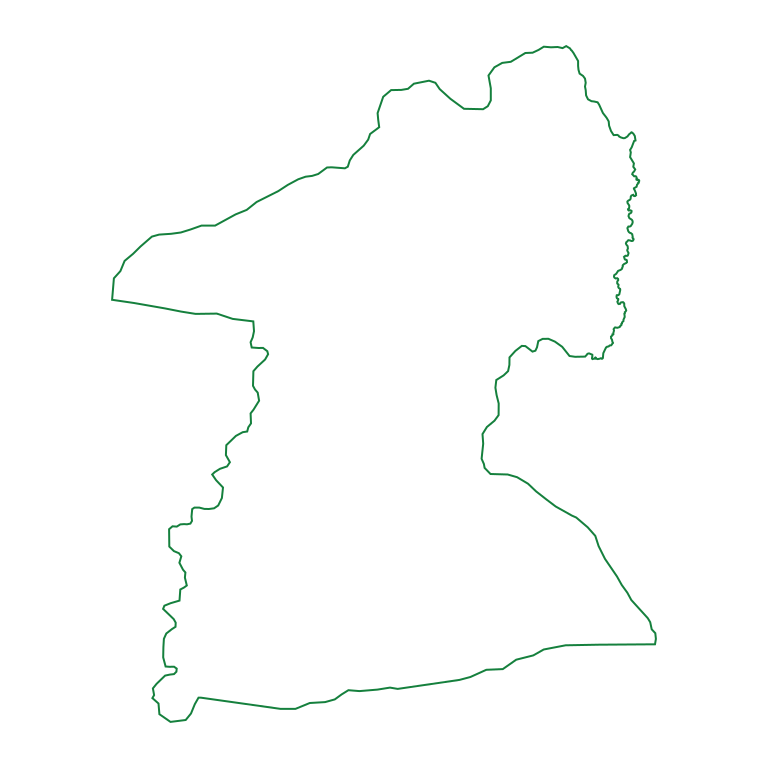 Migues, Canelones, Uruguay
{"feature_id": "84410073B2992667902544", "entity_name": "Migues", "entity_type": "district", "adm_level": 2, "iso_a3": "URY", "parent_name": "Uruguay", "parent_adm1": "Canelones", "projection": "mercator", "projection_center": [-55.568, -34.48], "detail": "fine", "context": "isolated", "style": "outline", "palette": "green", "viewbox_px": 768, "rotation_deg": 0, "n_neighbors": 0, "source": "geoboundaries", "source_scale": "gbopen_adm2", "svg_char_len": 6078}
<svg xmlns="http://www.w3.org/2000/svg" viewBox="0 0 768 768"><path d="M655.0,644.3L655.9,638.9L655.3,633.2L651.7,629.3L650.2,622.2L647.8,618.2L631.3,600.0L627.4,592.8L621.7,584.9L617.0,576.5L605.0,558.9L598.6,546.1L595.3,535.9L587.7,527.3L576.2,517.5L571.9,515.6L555.7,506.5L546.2,499.3L536.1,491.4L528.0,483.7L517.1,477.2L507.7,474.5L490.5,474.0L484.6,467.9L483.9,464.0L481.6,458.8L483.2,443.7L482.5,434.1L486.9,427.0L494.5,420.7L498.6,415.1L498.7,403.5L496.6,395.1L495.4,387.7L496.3,380.0L503.6,375.4L508.1,371.1L509.4,364.9L509.5,357.4L515.4,350.9L521.8,345.9L525.4,346.1L532.5,351.6L535.4,350.7L537.0,347.3L538.3,341.1L542.6,338.9L548.4,338.8L554.9,341.6L562.2,346.8L569.5,356.0L575.1,356.8L585.1,356.6L586.9,354.7L587.2,354.1L588.0,353.6L589.1,353.4L592.3,354.7L592.4,356.0L592.1,357.2L592.0,358.6L592.6,359.1L594.0,358.6L594.9,358.7L595.1,357.7L595.5,357.5L596.1,358.0L596.2,358.5L597.1,359.0L597.8,359.1L599.7,358.7L601.0,358.2L601.9,358.8L602.4,358.6L602.9,358.0L603.3,353.2L606.0,347.5L606.4,347.4L606.9,346.8L608.7,346.4L609.6,345.5L611.2,345.3L612.0,344.3L612.3,343.6L612.9,343.2L613.0,342.8L612.4,341.8L612.0,339.7L611.0,338.1L611.1,337.4L611.0,336.6L612.4,335.4L612.4,334.5L613.0,334.5L613.4,334.2L613.3,333.1L614.0,330.6L613.6,329.2L614.2,328.3L615.1,327.4L617.3,327.8L619.5,327.1L620.2,326.5L620.2,326.0L621.4,325.0L621.3,324.0L622.0,323.5L622.0,322.7L622.3,322.1L623.4,321.2L623.5,319.6L624.7,317.0L624.5,314.5L624.3,313.9L624.9,313.2L624.8,312.2L625.6,311.5L626.2,310.5L625.8,309.1L624.3,306.2L624.2,303.4L623.4,302.4L622.9,302.1L622.3,302.4L621.3,302.3L620.5,302.7L620.1,303.8L618.8,304.1L618.2,303.7L617.6,302.5L617.4,301.5L617.9,300.9L618.3,299.5L618.2,298.9L617.6,298.8L616.9,298.2L616.5,296.9L616.7,295.3L617.0,295.1L617.5,295.3L618.4,295.1L619.3,294.3L620.2,290.2L620.2,289.3L620.1,288.9L618.9,288.1L618.4,287.4L618.2,286.5L618.6,284.9L618.3,284.4L617.3,283.6L617.2,283.1L617.3,281.4L618.2,280.2L618.1,278.9L617.2,278.2L615.8,278.5L614.9,278.0L614.3,277.5L614.0,276.6L614.2,275.2L616.2,273.8L618.1,270.9L620.6,269.9L621.9,268.9L622.2,268.2L622.2,267.6L622.8,266.6L622.7,265.4L622.9,265.1L624.1,264.0L626.2,263.0L627.0,262.2L626.8,260.2L626.3,259.8L625.3,259.7L625.0,259.4L624.5,258.7L624.4,257.7L624.0,256.9L624.6,256.3L625.7,255.7L626.9,255.9L627.6,255.7L627.9,255.3L628.5,253.3L628.5,252.9L627.5,251.1L627.2,250.1L627.9,248.6L627.7,246.6L627.6,246.1L626.3,244.5L625.9,243.4L626.3,242.2L626.8,241.9L628.3,240.2L630.3,240.5L631.3,241.0L632.6,240.9L633.1,240.5L633.6,239.3L633.4,238.7L633.0,238.7L632.5,237.6L632.7,236.8L632.2,234.2L630.7,233.0L630.0,232.9L629.0,232.2L628.2,231.0L627.4,228.1L628.4,226.5L629.9,226.5L630.7,226.1L632.3,223.7L632.7,222.1L632.5,220.9L632.1,220.1L631.5,219.5L629.4,218.2L628.5,216.1L628.8,214.8L629.3,213.7L630.6,213.2L631.1,212.7L631.4,212.3L631.6,211.1L631.5,210.8L630.4,210.3L628.7,210.5L628.1,209.8L628.0,209.2L629.0,208.4L629.3,206.8L629.2,205.5L627.5,202.9L627.4,201.5L628.3,200.6L630.0,199.7L630.6,198.8L630.8,196.5L631.5,195.5L633.2,194.8L634.0,196.0L634.5,196.1L635.2,196.0L636.1,195.2L635.9,194.3L636.0,193.5L634.8,190.4L633.9,188.8L633.9,188.3L636.6,186.7L637.0,184.8L637.8,183.9L637.9,183.1L638.8,182.7L638.9,181.5L639.2,181.1L639.2,180.5L638.7,179.9L638.0,179.7L637.3,180.1L636.4,179.6L636.4,178.8L636.9,178.5L636.3,176.8L635.7,176.2L634.2,176.3L632.2,174.2L632.8,172.7L634.1,171.5L635.2,169.4L633.3,166.8L633.9,163.4L630.1,157.1L630.8,152.4L630.1,149.9L631.7,147.3L634.1,141.0L635.5,140.5L634.8,136.0L633.3,133.6L631.7,132.3L631.0,132.6L630.8,133.0L629.2,134.2L627.4,136.5L624.8,138.1L623.3,138.2L620.8,137.4L619.0,136.4L618.6,135.6L617.3,134.9L613.6,135.1L611.0,131.0L609.1,125.7L608.7,121.4L606.6,117.8L602.9,113.0L599.1,104.6L597.6,102.3L594.1,101.5L591.5,101.2L588.0,99.3L586.1,95.4L585.7,90.1L585.0,86.6L585.7,82.8L585.0,78.6L583.0,75.9L579.6,73.6L578.5,69.8L578.1,66.0L578.1,61.0L573.5,53.0L571.7,50.5L571.1,50.1L570.0,48.4L566.2,46.1L562.6,48.1L557.6,47.0L551.0,47.3L543.8,46.7L538.6,49.9L532.6,52.7L525.3,53.0L510.8,61.8L502.2,62.9L494.4,67.3L488.5,75.5L490.8,88.3L490.8,100.4L487.8,106.2L483.1,109.2L464.0,108.8L450.4,98.8L439.7,89.1L435.4,82.8L429.0,80.7L413.9,83.7L408.0,88.8L401.4,89.9L391.1,90.1L383.2,96.8L377.6,113.1L378.2,119.7L379.2,127.2L370.1,134.0L368.2,139.6L363.7,145.7L353.3,154.9L349.8,160.4L347.8,166.7L344.9,168.3L331.6,167.3L327.0,167.5L318.2,174.0L312.1,175.9L305.6,176.7L298.2,179.3L287.8,184.9L278.3,191.1L256.6,202.0L246.7,209.9L235.6,214.4L215.1,225.6L201.5,225.6L190.5,229.5L180.8,232.5L171.1,233.8L159.1,234.6L151.9,236.6L140.5,246.5L133.1,253.8L124.6,260.9L120.4,271.1L113.9,278.3L112.1,299.8L134.0,303.0L164.9,308.4L181.2,311.6L195.6,313.9L216.8,313.6L232.7,318.9L253.3,321.4L254.0,331.2L252.7,337.4L250.6,342.2L251.7,347.5L258.6,348.0L263.0,347.9L267.3,351.2L268.1,354.2L265.1,359.5L257.4,366.6L253.4,371.2L253.0,385.8L255.0,389.5L257.7,392.6L259.1,400.7L253.5,409.7L250.6,413.4L251.0,423.4L248.3,427.3L247.2,431.5L242.7,432.2L235.9,435.9L226.3,445.2L225.9,455.1L229.9,462.2L227.1,466.4L220.0,468.8L214.7,472.1L212.2,474.5L216.1,480.2L223.0,487.5L221.9,498.0L218.2,505.5L214.1,508.3L208.9,509.0L204.3,508.9L199.3,507.6L194.4,507.6L192.2,509.1L191.5,516.6L192.0,520.9L190.4,523.6L187.0,524.3L184.0,524.1L180.3,524.4L176.8,526.6L172.5,526.3L169.1,529.2L169.3,546.6L173.9,551.1L178.9,553.2L181.3,556.3L179.4,562.8L183.0,569.7L185.4,572.5L184.9,577.6L186.8,585.5L183.9,587.6L180.3,589.5L179.5,600.6L170.6,603.2L164.4,605.7L163.1,608.9L173.7,619.1L175.7,622.7L175.5,626.8L171.8,629.2L166.3,633.5L163.9,638.8L163.4,647.1L163.2,657.4L165.6,666.5L169.5,666.8L174.0,666.7L176.7,668.6L176.4,671.7L174.0,674.1L169.8,674.6L165.1,675.6L156.6,683.8L152.9,688.4L154.1,695.1L152.4,698.1L158.5,703.5L159.4,714.2L170.5,721.9L185.7,720.0L191.0,713.5L194.8,704.2L198.5,697.7L201.1,697.7L280.7,708.9L295.4,708.9L309.8,703.0L325.1,702.1L334.8,699.4L341.5,694.5L348.4,690.2L359.5,691.1L377.5,689.6L390.0,687.6L397.7,688.9L459.5,679.9L470.4,677.0L486.3,669.8L502.8,669.1L516.2,659.7L533.3,655.4L543.7,649.5L565.6,645.3L598.5,644.7L655.0,644.3Z" fill="none" stroke="#15803d" stroke-width="2"/></svg>